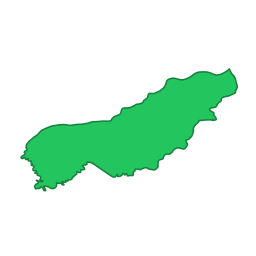 outline of Luabo, Zambezia, Mozambique, rotated 102°
{"feature_id": "85939544B83504353793512", "entity_name": "Luabo", "entity_type": "district", "adm_level": 2, "iso_a3": "MOZ", "parent_name": "Mozambique", "parent_adm1": "Zambezia", "projection": "equal_earth", "projection_center": [36.12, -18.323], "detail": "fine", "context": "isolated", "style": "filled", "palette": "green", "viewbox_px": 256, "rotation_deg": 102, "n_neighbors": 0, "source": "geoboundaries", "source_scale": "gbopen_adm2", "svg_char_len": 5890}
<svg xmlns="http://www.w3.org/2000/svg" viewBox="0 0 256 256"><g transform="rotate(102 128 128)"><path d="M162.5,92.2L160.4,90.8L159.8,90.6L158.4,90.8L156.1,91.4L154.2,91.5L153.8,91.4L153.4,91.2L152.6,90.4L151.9,89.0L151.7,88.8L151.6,88.5L150.9,87.4L148.6,87.2L147.9,87.0L146.8,86.4L145.9,85.6L145.2,83.7L144.9,81.8L144.6,81.4L142.8,80.0L141.7,79.5L140.5,79.0L139.3,78.3L138.5,77.5L137.9,76.7L137.7,76.5L137.2,75.5L136.9,74.3L136.9,73.0L137.1,70.2L137.0,69.1L136.4,68.1L136.0,67.8L133.0,66.6L132.0,66.4L130.9,66.8L130.8,67.0L129.0,68.4L128.1,68.7L127.6,68.5L127.3,68.0L126.8,66.9L126.4,66.2L123.1,64.1L120.9,63.6L117.8,63.3L116.8,63.4L115.0,64.0L113.8,63.9L112.5,63.4L111.9,63.3L111.2,62.8L110.7,62.6L107.4,60.2L106.6,60.0L106.0,60.2L105.2,57.3L104.7,56.0L103.8,52.9L102.8,48.2L102.3,46.9L102.4,46.1L102.7,46.3L102.2,44.6L101.7,43.7L101.3,43.5L100.9,43.5L100.0,44.0L98.2,45.8L97.8,46.6L97.4,47.0L96.9,47.1L96.1,46.9L95.2,47.4L94.9,48.0L94.8,48.6L94.4,49.9L93.7,51.4L93.3,51.9L93.0,52.1L92.2,52.0L91.2,51.0L90.9,50.4L90.4,48.7L89.8,47.5L88.9,46.3L87.8,45.8L86.6,45.6L84.8,44.9L83.8,44.2L83.1,43.2L82.5,42.7L82.0,42.5L80.1,42.7L79.3,42.5L78.6,42.1L78.5,41.8L77.9,41.1L77.9,40.8L77.7,40.6L75.8,36.3L71.9,30.9L71.5,30.6L71.0,30.4L68.6,30.3L66.0,29.6L64.4,29.8L63.5,30.2L60.2,32.1L59.6,32.3L57.3,33.4L55.4,34.8L53.2,38.0L50.5,40.2L49.9,40.5L49.3,41.2L51.1,42.4L54.3,45.9L55.2,47.0L56.7,49.3L57.5,51.3L57.8,52.8L57.8,54.5L57.6,56.0L56.9,59.0L56.8,62.4L57.3,65.5L58.2,69.1L58.8,70.9L60.4,73.4L61.4,74.5L64.3,76.8L65.4,78.0L68.1,81.6L69.0,83.3L69.8,85.7L69.9,88.2L69.8,88.9L69.7,92.6L69.9,94.4L70.4,95.7L71.7,98.1L72.2,98.7L72.7,99.2L74.2,100.0L77.2,100.1L80.1,100.9L81.5,101.7L84.6,104.1L86.7,106.6L88.8,109.7L89.1,110.8L89.5,113.7L89.7,114.3L90.7,115.0L91.2,115.2L93.7,115.2L94.5,115.4L96.5,117.0L97.0,117.7L97.5,118.1L98.3,118.5L99.8,118.7L100.6,119.3L102.2,122.0L103.1,124.9L104.6,126.2L105.3,127.3L106.0,128.0L106.2,128.3L106.7,128.9L107.7,130.5L108.5,132.6L109.0,135.3L109.5,136.5L110.0,137.4L111.4,138.0L113.1,138.2L114.5,138.2L115.6,138.5L116.3,138.9L116.8,139.3L117.3,140.2L117.5,140.4L117.6,140.7L117.8,140.9L119.3,143.2L120.2,144.2L120.8,144.7L121.2,144.9L122.3,145.6L123.6,146.0L124.3,146.4L124.8,147.0L125.3,148.3L126.4,153.9L128.2,159.7L128.2,160.0L128.6,161.1L128.9,162.8L129.5,164.7L130.9,166.7L131.1,167.3L131.7,168.4L132.6,170.7L133.3,172.2L133.9,174.0L134.5,176.1L134.6,177.1L135.3,179.2L137.3,184.7L137.6,186.0L137.8,190.1L138.1,192.2L139.7,197.5L140.6,199.5L141.2,201.3L141.7,202.4L142.7,204.3L145.0,207.7L148.4,212.2L153.6,215.3L156.6,218.2L162.3,222.5L165.5,223.8L168.4,223.7L169.9,222.3L170.5,222.4L171.2,222.8L172.4,224.3L172.6,224.4L173.5,224.3L174.0,223.5L174.3,223.3L174.6,223.3L175.2,223.4L176.1,224.1L176.2,224.4L176.8,224.9L177.0,225.2L178.0,226.1L178.4,226.4L178.9,226.4L179.4,226.3L179.8,225.7L179.9,225.2L179.5,224.2L178.8,223.6L178.5,223.1L178.5,222.5L178.9,222.2L179.9,221.8L180.1,221.5L180.0,221.0L179.7,220.4L178.7,219.9L178.7,219.6L178.8,219.3L179.2,219.0L180.7,218.8L180.9,218.3L180.5,216.5L180.7,215.7L180.8,215.8L182.4,215.5L182.7,215.3L183.4,214.0L183.6,214.0L183.8,214.2L184.0,214.7L184.4,214.9L184.5,214.7L184.7,213.9L184.8,212.3L185.1,211.9L185.8,211.8L187.4,212.5L188.2,212.4L189.0,212.1L189.2,211.9L189.3,210.9L189.1,210.1L188.9,209.2L189.2,208.7L189.4,208.5L189.9,208.4L190.3,208.6L190.6,209.1L191.3,209.7L191.5,209.5L191.6,209.0L191.3,207.7L191.4,207.4L192.5,207.0L192.9,207.0L193.1,206.5L193.3,204.5L193.6,203.7L194.2,203.2L195.0,203.0L195.4,203.0L196.4,203.4L196.7,203.4L197.1,203.0L197.2,202.6L197.4,200.8L197.6,200.2L197.8,200.2L198.1,200.4L198.5,201.6L198.5,203.2L198.1,206.2L198.2,206.6L198.4,206.6L199.0,205.4L199.9,204.6L200.2,204.5L201.1,204.7L202.1,206.3L202.5,206.6L203.6,207.1L204.2,207.2L205.5,206.7L206.3,206.1L206.7,205.4L206.4,205.2L206.1,204.6L206.0,204.3L205.8,202.8L205.4,201.8L205.0,201.6L203.7,201.3L203.6,201.1L203.5,200.8L203.8,199.9L204.3,199.5L204.7,198.7L205.8,197.9L206.2,197.5L206.7,197.0L206.7,196.5L206.5,195.9L206.1,195.6L204.7,196.4L203.1,197.8L202.9,198.1L202.6,198.2L202.1,198.0L201.9,197.1L202.0,194.6L202.3,192.8L203.2,190.7L203.0,189.5L202.6,188.0L202.3,187.8L202.1,187.4L201.6,187.0L201.5,186.8L200.0,186.0L199.6,185.8L198.9,185.9L196.7,186.5L196.3,186.3L196.6,185.0L196.6,184.1L196.5,183.5L196.0,182.6L195.9,182.3L196.2,181.4L196.7,181.1L197.1,180.6L197.2,180.4L197.2,179.6L196.8,178.9L196.6,178.9L195.9,179.6L195.7,180.1L195.4,180.3L195.2,180.8L194.8,181.3L194.4,181.4L194.1,181.3L193.9,181.0L194.2,178.7L194.1,178.1L193.9,177.6L193.6,177.4L193.4,177.4L192.5,178.0L192.1,177.6L192.0,177.3L192.4,176.2L192.3,175.9L192.1,175.6L191.4,175.8L191.1,175.6L190.9,175.3L190.8,174.5L190.6,173.6L190.0,172.5L187.6,171.7L186.3,170.6L185.1,169.9L183.9,168.7L183.5,168.6L181.9,169.0L181.5,168.8L181.7,167.4L181.7,166.5L181.3,165.4L180.8,165.2L178.9,165.4L178.5,164.8L178.2,163.2L177.9,162.4L177.5,161.8L177.1,161.9L175.7,162.8L174.7,164.4L174.5,164.5L174.0,164.4L173.6,164.0L172.9,161.6L172.7,161.5L172.2,160.7L171.9,160.6L171.2,161.0L170.8,161.0L170.3,160.9L169.9,160.7L169.7,160.4L169.6,159.9L169.6,158.8L169.4,157.4L169.5,156.8L169.8,156.7L169.5,155.9L169.6,155.7L169.7,155.4L170.4,154.5L170.6,153.9L170.6,153.2L171.7,151.0L179.0,133.0L178.9,131.2L178.6,130.4L176.9,129.4L175.8,129.1L175.7,128.8L175.8,128.6L177.2,128.4L177.6,127.9L177.4,127.1L177.0,125.9L175.8,124.5L175.4,124.2L173.7,123.8L173.5,123.5L173.7,122.6L174.5,121.9L174.5,121.2L173.6,121.0L173.2,120.6L173.1,120.1L174.0,119.2L174.9,118.7L174.8,117.6L174.3,116.9L173.9,116.0L173.9,114.8L173.4,113.4L173.2,113.2L172.7,113.2L171.0,113.5L170.2,113.4L169.9,113.4L168.8,112.4L168.2,112.3L167.3,112.4L166.9,112.3L166.5,111.8L166.1,108.5L166.2,107.1L165.3,106.2L164.4,104.9L164.1,104.3L163.8,104.1L163.6,103.5L163.2,103.0L163.1,102.5L163.1,101.2L163.8,99.1L163.7,94.9L163.6,93.7L163.1,92.8L162.5,92.2Z" fill="#22c55e" stroke="#15803d" stroke-width="1.5"/></g></svg>